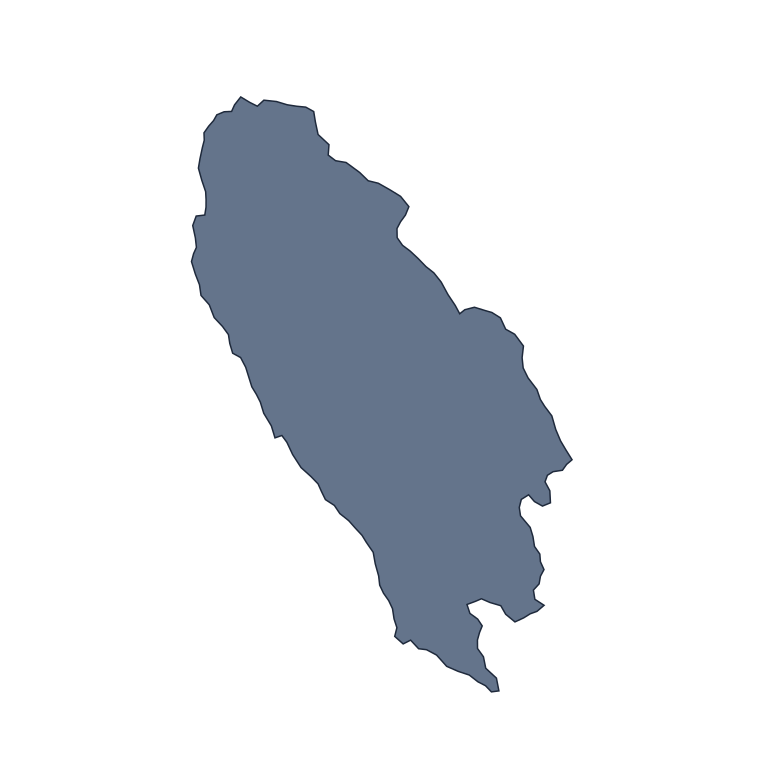 Paulistas, Minas Gerais, Brazil (Equal Earth projection), rotated 145°
{"feature_id": "56859067B39216072479731", "entity_name": "Paulistas", "entity_type": "district", "adm_level": 2, "iso_a3": "BRA", "parent_name": "Brazil", "parent_adm1": "Minas Gerais", "projection": "equal_earth", "projection_center": [-42.864, -18.454], "detail": "fine", "context": "isolated", "style": "filled", "palette": "slate", "viewbox_px": 768, "rotation_deg": 145, "n_neighbors": 0, "source": "geoboundaries", "source_scale": "gbopen_adm2", "svg_char_len": 2240}
<svg xmlns="http://www.w3.org/2000/svg" viewBox="0 0 768 768"><g transform="rotate(145 384 384)"><path d="M379.8,129.5L371.6,131.3L366.1,136.8L359.4,140.2L357.8,148.7L353.9,155.3L353.9,164.6L349.5,173.6L346.5,182.7L347.8,197.7L344.0,205.3L337.7,210.7L329.1,210.3L328.2,201.4L324.2,193.1L315.8,191.2L309.4,201.4L308.2,211.5L302.5,215.5L295.8,215.2L287.3,211.0L280.6,213.4L273.4,214.1L272.8,225.7L272.0,236.1L269.4,248.3L264.8,261.6L265.2,273.5L264.8,281.6L261.9,291.8L262.5,306.3L260.8,317.3L255.8,326.3L248.0,335.1L248.4,349.8L252.9,359.1L250.7,371.4L254.6,380.7L258.9,386.0L265.9,395.0L275.1,398.5L281.7,398.1L280.6,407.4L280.3,420.6L278.7,434.7L279.4,446.4L282.3,456.1L284.0,466.8L286.3,477.8L289.3,487.0L289.3,496.3L284.2,503.9L277.4,507.4L269.5,510.1L261.9,515.0L262.8,528.2L267.6,539.3L273.5,551.7L280.4,559.6L282.6,571.2L288.0,587.2L295.6,594.7L298.4,603.5L291.8,611.6L294.9,626.2L289.9,638.0L285.3,647.5L289.3,655.7L296.2,661.6L303.1,668.2L310.1,677.1L319.6,685.4L328.4,684.2L332.4,691.6L336.7,701.3L346.3,698.4L352.5,694.7L358.8,698.7L366.5,700.4L372.6,697.5L379.6,695.8L387.4,693.0L391.4,686.8L397.0,682.0L405.6,674.0L412.2,667.3L416.4,655.4L419.8,643.8L424.0,637.1L428.4,630.9L433.9,625.2L441.5,629.3L449.8,623.5L454.7,611.9L459.3,603.5L465.2,600.0L471.5,594.7L475.5,582.2L478.2,571.2L483.1,561.5L481.7,549.1L485.0,535.8L483.3,523.9L483.1,513.7L487.1,505.6L490.3,496.0L486.3,487.9L487.7,477.0L491.1,466.3L493.9,457.5L494.5,448.5L495.7,440.1L499.3,429.0L500.3,414.3L504.2,402.4L497.2,400.4L497.0,391.9L499.3,378.6L499.9,363.1L496.9,350.1L495.3,340.0L496.9,331.7L498.3,322.9L494.3,313.0L494.5,303.2L491.3,292.3L490.1,282.0L488.8,272.6L489.3,264.4L489.4,252.3L494.3,241.7L498.5,229.8L502.9,221.7L504.4,212.9L504.4,203.9L505.9,195.1L510.5,185.8L513.2,177.0L520.0,171.1L517.4,160.1L509.1,158.9L507.5,147.3L501.6,142.0L496.4,131.8L494.6,116.8L488.1,106.1L481.1,96.7L477.9,86.2L473.9,78.6L472.6,70.2L465.9,66.7L460.6,78.6L463.7,92.8L459.0,103.5L459.1,113.7L454.3,120.7L448.2,125.7L442.3,129.5L442.1,137.7L445.2,146.8L442.5,155.8L433.7,153.5L427.4,152.2L422.5,144.2L415.5,135.4L416.4,125.6L413.2,114.0L403.7,112.3L396.1,111.9L389.1,110.0L379.8,110.9L383.9,121.1L379.8,129.5Z" fill="#64748b" stroke="#1e293b" stroke-width="1.5"/></g></svg>